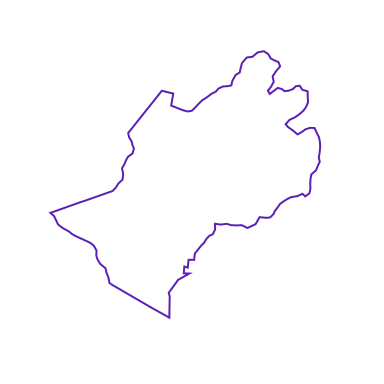 outline of Gramado, Rio Grande do Sul, Brazil, rotated 72°
{"feature_id": "56859067B38630420748916", "entity_name": "Gramado", "entity_type": "district", "adm_level": 2, "iso_a3": "BRA", "parent_name": "Brazil", "parent_adm1": "Rio Grande do Sul", "projection": "albers", "projection_center": [-50.903, -29.392], "detail": "fine", "context": "isolated", "style": "outline", "palette": "violet", "viewbox_px": 384, "rotation_deg": 72, "n_neighbors": 0, "source": "geoboundaries", "source_scale": "gbopen_adm2", "svg_char_len": 1926}
<svg xmlns="http://www.w3.org/2000/svg" viewBox="0 0 384 384"><g transform="rotate(72 192 192)"><path d="M188.8,56.2L184.0,54.9L179.2,54.3L174.2,55.1L169.0,55.7L167.5,59.8L167.4,64.5L168.8,68.7L169.8,73.9L164.5,77.1L159.9,80.6L156.5,82.0L153.5,76.9L152.8,71.0L151.2,65.9L149.1,61.0L146.6,57.4L142.5,53.9L136.5,52.3L132.0,50.9L128.9,55.4L124.2,56.8L123.5,60.5L125.3,64.3L125.5,69.1L124.6,72.9L121.8,74.8L119.5,78.3L121.1,83.0L122.8,87.7L119.1,88.5L116.3,84.3L112.4,80.2L106.9,79.6L102.9,74.5L99.8,69.4L95.2,69.6L91.9,73.4L89.2,75.9L84.3,76.9L80.3,80.2L79.5,86.3L82.1,92.8L81.0,98.3L84.8,104.6L89.1,107.4L93.1,109.7L94.2,114.4L98.7,119.2L102.8,121.7L102.3,125.7L101.2,130.0L101.8,134.8L103.9,138.3L104.6,143.1L106.8,149.3L107.9,153.8L109.9,157.9L112.8,163.2L114.7,167.1L114.0,171.4L111.3,175.5L103.4,185.1L92.6,179.4L86.4,189.4L116.2,234.5L120.4,234.9L125.2,233.8L129.0,234.1L132.8,233.8L137.0,236.7L138.7,242.0L141.7,245.2L144.7,247.7L147.7,251.2L154.1,252.0L158.8,254.3L161.1,259.3L164.2,263.0L166.5,267.2L167.2,295.1L167.2,301.0L168.1,333.1L172.3,330.6L177.1,330.0L181.5,329.4L186.2,326.2L191.7,321.1L194.6,319.3L197.3,317.0L206.4,307.1L209.0,304.4L212.6,302.0L218.2,300.9L222.7,302.6L226.1,302.8L231.9,301.6L237.8,297.8L241.7,298.3L247.0,297.9L253.1,298.6L256.9,295.5L290.4,265.5L304.5,252.4L284.5,245.5L280.7,245.3L271.3,232.4L268.7,219.8L266.8,225.0L260.5,222.3L262.6,219.4L255.4,216.2L257.2,210.9L251.5,208.4L248.6,204.0L246.0,200.2L244.2,196.5L241.2,193.0L239.0,189.0L238.6,185.3L234.8,181.6L229.3,180.0L231.9,174.7L233.0,168.8L235.7,164.9L237.7,159.5L238.9,155.0L243.4,150.3L242.2,141.4L236.8,135.5L239.5,129.4L240.3,125.5L238.2,121.3L235.6,119.0L233.1,115.3L230.4,111.7L229.0,107.0L228.1,103.4L227.5,99.1L228.5,93.1L227.8,87.5L231.1,85.7L229.6,80.8L225.3,78.3L220.9,77.1L216.3,75.3L212.2,73.1L209.7,67.4L205.8,64.1L202.6,61.1L198.8,60.9L194.3,58.6L188.8,56.2Z" fill="none" stroke="#5b21b6" stroke-width="2"/></g></svg>